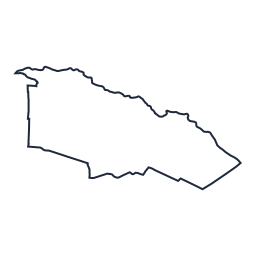 the district of Fratautii Vechi, Suceava, Romania
{"feature_id": "2599482B91718162891517", "entity_name": "Fratautii Vechi", "entity_type": "district", "adm_level": 2, "iso_a3": "ROU", "parent_name": "Romania", "parent_adm1": "Suceava", "projection": "robinson", "projection_center": [25.9, 47.896], "detail": "fine", "context": "isolated", "style": "outline", "palette": "slate", "viewbox_px": 256, "rotation_deg": 0, "n_neighbors": 0, "source": "geoboundaries", "source_scale": "gbopen_adm2", "svg_char_len": 5563}
<svg xmlns="http://www.w3.org/2000/svg" viewBox="0 0 256 256"><path d="M202.5,189.2L212.5,183.1L215.6,180.9L218.0,179.3L221.8,176.7L226.2,173.7L229.6,171.3L235.9,166.9L240.6,163.0L238.8,160.9L237.2,159.3L234.5,157.5L230.1,155.2L225.7,152.2L222.4,149.4L220.1,147.9L217.3,145.3L214.9,139.6L214.1,138.6L211.8,135.3L210.7,133.4L210.2,132.7L209.6,132.3L208.7,132.0L207.9,131.8L207.0,131.9L205.3,131.8L204.4,131.7L203.9,131.6L203.4,131.3L202.7,130.6L201.9,129.7L200.8,128.9L200.5,128.6L200.0,128.3L199.3,127.9L198.2,127.4L197.6,127.1L196.6,126.4L196.4,125.8L196.3,125.0L196.3,124.3L196.2,123.3L196.0,122.8L195.6,122.3L194.4,121.8L193.4,121.6L192.4,121.4L191.0,121.2L190.1,121.0L189.3,120.5L188.7,120.0L188.1,119.1L187.9,118.4L187.7,117.5L188.1,116.7L188.3,115.8L188.1,115.0L187.8,114.4L187.3,113.9L186.4,113.8L185.5,114.0L184.6,114.3L183.4,114.3L182.3,114.1L181.4,114.0L179.9,113.7L178.7,113.4L178.0,112.9L177.2,112.5L176.5,112.1L175.6,112.0L174.7,112.1L173.1,112.2L172.3,112.1L171.6,112.0L170.2,111.8L168.8,111.3L168.1,111.0L167.3,110.7L166.7,110.8L166.3,111.2L166.4,111.7L166.6,112.3L166.9,113.2L166.7,113.8L166.2,114.5L165.3,115.2L164.2,115.5L163.7,115.9L163.0,116.4L162.5,116.6L161.7,116.6L160.7,116.7L159.5,116.5L158.9,116.2L158.5,115.8L158.0,115.5L157.5,115.1L157.0,114.6L156.6,114.4L156.1,114.1L155.7,113.5L155.0,113.3L154.9,112.7L154.7,112.5L154.4,112.0L154.2,111.5L153.1,110.3L152.3,109.9L151.7,109.3L151.2,108.5L151.1,108.1L151.0,107.4L150.7,106.8L150.2,106.2L149.4,105.9L148.4,105.7L147.7,105.4L147.5,105.0L147.2,104.5L146.5,103.6L145.3,102.7L144.9,102.1L143.5,100.3L143.0,99.6L142.4,98.8L141.1,98.1L140.0,97.1L139.4,96.7L138.7,96.4L138.0,96.5L136.8,97.1L135.7,97.4L134.6,97.5L133.8,97.7L133.1,97.7L132.4,97.8L131.7,97.8L131.0,97.7L130.3,97.5L130.0,97.3L130.0,96.9L129.9,96.4L129.6,96.1L129.2,95.9L128.3,95.8L127.8,95.8L126.6,96.1L125.4,96.3L124.9,96.3L124.6,96.3L124.3,96.1L123.6,95.4L122.8,94.4L122.2,94.0L121.1,93.4L119.9,92.8L119.2,92.5L118.5,92.4L117.9,92.5L117.3,92.5L116.9,92.5L115.9,92.8L115.3,92.8L114.6,92.7L114.1,92.7L113.4,92.6L112.4,92.2L111.1,91.8L110.3,91.7L109.7,91.6L109.4,91.3L109.0,91.1L107.9,90.3L107.0,90.1L106.2,90.0L105.8,90.0L105.4,90.0L104.9,89.8L104.6,89.4L104.4,88.6L103.6,87.5L102.6,86.5L101.9,86.3L101.0,86.1L100.3,86.0L98.3,85.6L97.2,85.3L96.4,85.0L95.4,84.6L94.2,84.1L92.2,83.0L92.1,82.3L92.1,81.6L91.9,80.4L91.7,78.7L91.5,78.1L91.3,77.7L91.0,77.6L90.3,77.6L89.4,77.5L88.5,77.5L87.9,77.4L87.3,77.2L86.3,76.7L85.9,76.3L85.2,76.0L84.8,75.7L84.2,75.4L83.9,74.9L83.5,74.3L83.6,73.8L83.7,73.4L83.6,73.1L83.6,72.9L83.5,72.7L83.3,72.5L82.8,72.2L82.3,71.9L81.6,71.7L81.1,71.6L80.3,71.4L79.8,71.2L79.2,71.1L78.9,70.8L78.6,70.4L78.3,70.0L77.9,69.7L77.4,69.5L76.6,69.4L75.9,69.4L75.4,69.5L75.0,69.8L74.6,70.1L73.7,70.3L73.2,70.2L72.3,69.6L71.9,69.2L71.6,68.9L71.5,68.7L71.1,68.4L70.7,68.3L69.8,68.2L69.0,68.5L68.4,68.9L67.7,69.2L67.0,69.5L66.1,69.6L62.9,70.0L60.5,70.5L59.1,70.9L58.0,71.0L57.1,71.0L56.6,70.8L55.9,70.6L55.6,70.5L55.2,70.4L54.8,70.2L54.4,70.1L53.8,69.9L53.4,69.8L53.0,69.7L52.4,69.6L52.0,69.4L51.2,69.0L49.8,68.3L48.9,67.9L48.0,67.6L47.0,67.3L46.4,67.1L45.9,66.8L45.6,66.8L45.3,66.8L44.8,67.0L44.4,67.1L44.2,67.3L43.9,67.6L43.6,68.5L43.1,69.3L42.9,69.5L42.7,69.7L42.5,69.9L41.9,70.0L41.1,70.0L40.8,70.1L40.2,70.1L39.8,70.1L39.1,70.0L37.1,69.6L36.2,69.3L35.6,69.2L35.0,69.1L34.5,69.2L33.0,69.5L32.7,69.6L32.4,69.5L32.0,69.4L31.6,69.2L31.1,68.9L30.2,68.3L29.9,68.0L29.5,67.8L29.1,67.7L28.6,67.7L27.6,67.8L26.9,68.0L26.2,68.2L24.7,68.7L24.0,69.1L23.0,69.7L22.8,69.9L22.5,69.9L22.2,70.0L21.4,70.1L20.3,70.3L18.9,70.6L18.2,70.8L17.5,71.1L16.9,71.6L16.7,71.9L16.4,72.2L15.9,72.6L15.6,73.0L15.4,73.3L15.9,73.3L16.2,73.3L16.7,73.2L16.9,73.1L17.2,73.0L17.4,73.1L17.7,73.2L18.0,73.3L18.3,73.3L18.8,73.2L19.1,73.2L19.3,73.2L19.6,73.1L20.0,73.0L20.3,73.0L20.7,73.0L21.0,73.2L21.3,73.2L21.7,73.3L22.0,73.3L22.5,73.4L22.9,73.5L23.1,73.6L23.3,74.0L23.6,74.2L23.8,74.2L24.1,74.2L24.3,74.3L24.8,74.4L25.2,74.7L25.5,75.0L25.6,75.3L25.8,75.5L25.9,75.8L26.2,76.1L27.2,77.0L27.4,77.2L28.3,77.6L29.7,78.0L31.1,78.6L32.0,78.9L32.8,79.0L33.4,79.2L34.5,79.5L35.3,79.9L35.5,80.1L35.8,80.6L36.2,81.0L36.7,81.3L37.1,81.6L37.4,82.0L37.5,82.2L37.6,82.6L37.4,82.6L37.1,82.8L36.9,83.2L36.6,84.3L36.4,84.8L36.3,86.2L35.6,86.0L34.5,85.9L29.4,85.6L27.6,85.5L27.7,87.0L27.7,88.4L27.8,90.7L27.9,91.9L28.2,91.9L28.3,94.8L28.4,98.0L28.6,99.3L28.6,102.3L28.6,107.4L28.6,111.2L27.9,118.8L29.2,118.8L29.0,130.0L28.5,142.6L28.5,143.7L28.7,143.8L28.1,146.6L31.2,146.8L34.7,147.1L38.1,147.4L39.8,147.5L40.0,147.5L40.6,147.7L41.9,148.4L42.7,149.0L43.0,149.3L43.2,149.5L43.5,149.7L44.2,150.1L44.9,150.3L45.6,150.4L46.8,150.5L49.0,150.6L49.6,150.8L52.0,151.6L52.7,151.8L57.8,153.5L61.9,154.8L66.3,156.3L74.6,159.0L77.5,159.9L85.1,162.4L87.2,163.0L87.6,163.2L87.4,163.4L87.2,163.6L89.5,169.4L89.5,171.4L89.6,174.0L89.6,175.7L89.4,177.7L90.6,177.9L92.1,178.0L93.5,178.0L95.0,177.6L102.4,175.2L105.8,174.1L107.0,173.7L107.8,173.7L108.4,173.8L109.0,174.0L109.4,174.0L109.9,173.9L111.7,174.3L112.3,174.6L112.8,175.2L113.5,176.0L114.2,176.5L115.0,177.0L115.9,177.3L117.4,177.7L118.7,177.5L122.9,175.4L127.0,173.5L129.6,172.3L130.3,172.5L130.9,173.0L131.5,173.6L131.8,173.9L132.7,174.2L133.1,174.2L134.2,173.6L135.3,173.0L135.6,172.8L135.9,172.8L136.7,172.9L137.8,173.0L138.1,173.1L138.9,173.5L140.3,174.0L141.4,174.4L142.1,174.5L143.1,174.8L143.5,174.3L145.7,170.9L148.6,167.4L150.3,167.9L151.5,168.3L153.0,169.0L154.0,169.6L155.5,170.4L163.0,173.9L168.2,176.3L178.1,180.9L180.6,178.5L190.6,183.3L197.8,186.8L202.5,189.2Z" fill="none" stroke="#1e293b" stroke-width="2"/></svg>